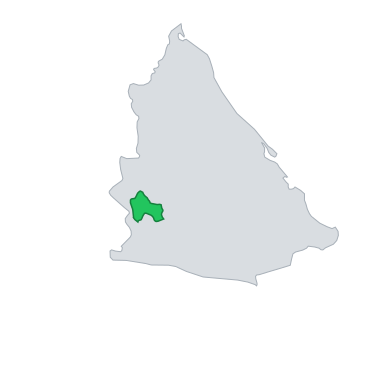 Estelí on a map of Nicaragua (Equal Earth projection), rotated 318°
{"feature_id": "NIC-664", "entity_name": "Estelí", "entity_type": "Department", "adm_level": 1, "iso_a3": "NIC", "parent_name": "Nicaragua", "parent_adm1": "", "projection": "equal_earth", "projection_center": [-86.387, 13.143], "detail": "fine", "context": "in_parent", "style": "filled", "palette": "green", "viewbox_px": 384, "rotation_deg": 318, "n_neighbors": 0, "source": "natural_earth", "source_scale": "10m", "svg_char_len": 3154}
<svg xmlns="http://www.w3.org/2000/svg" viewBox="0 0 384 384"><g transform="rotate(318 192 192)"><path d="M296.4,59.6L295.1,61.8L293.7,63.3L290.8,70.8L289.8,71.4L289.5,65.9L287.8,65.2L285.7,67.2L284.6,70.0L286.4,73.7L288.0,73.7L289.9,74.7L295.2,100.2L294.1,104.7L290.9,111.8L287.9,117.8L284.9,121.6L281.2,137.6L277.9,163.7L280.4,187.2L279.3,208.9L280.4,214.0L280.7,220.4L278.2,221.6L276.8,221.4L275.3,217.5L275.5,214.0L277.0,210.0L277.6,204.5L276.8,201.6L275.4,207.9L272.8,210.7L271.1,211.6L269.4,214.8L271.2,220.7L273.5,225.1L274.2,228.2L273.4,231.9L273.0,244.7L272.1,244.3L271.3,242.6L268.9,242.5L268.6,247.6L268.8,250.5L266.8,252.7L266.1,254.9L267.8,256.4L269.6,257.4L271.9,257.2L273.8,263.5L274.4,268.6L270.1,273.3L268.6,277.2L266.2,282.0L264.8,286.6L264.4,290.0L266.1,300.6L269.1,308.1L271.6,312.9L275.0,314.0L274.2,319.0L271.7,322.2L267.1,324.9L262.1,325.4L253.9,322.8L250.5,322.6L249.2,321.2L248.8,318.7L246.4,315.0L242.1,310.0L239.6,310.4L235.5,309.3L228.8,305.9L225.6,305.5L221.2,308.4L216.0,312.2L203.4,306.3L194.6,302.1L186.6,298.4L184.5,296.9L182.8,297.2L181.3,299.2L179.6,302.7L179.0,303.7L178.1,304.6L177.1,304.9L177.0,303.2L173.2,296.3L167.0,288.0L143.4,262.6L134.7,247.3L130.0,236.4L125.6,230.7L112.9,219.0L109.9,214.4L97.3,198.8L87.7,189.7L87.6,185.8L91.6,181.0L93.5,181.2L95.6,184.7L99.0,188.6L100.6,188.6L103.0,186.8L103.1,185.0L116.0,184.2L118.3,183.2L120.6,180.3L121.8,176.4L122.0,172.5L122.5,169.7L124.6,167.1L128.4,166.2L131.3,165.9L132.2,164.1L131.3,158.3L129.7,144.1L129.4,140.1L129.9,137.2L131.1,136.1L136.8,135.4L147.6,136.6L149.7,135.7L154.0,127.6L158.1,121.7L160.9,119.0L163.2,118.2L165.8,123.5L175.0,131.0L176.5,130.6L177.4,130.1L177.7,129.1L177.5,125.6L179.8,122.4L184.5,119.6L189.3,114.6L194.1,107.4L198.2,103.2L201.7,101.9L203.0,100.0L202.2,97.3L202.5,93.5L203.8,88.6L205.9,85.8L208.6,85.0L209.6,83.5L209.0,81.2L209.6,78.7L212.0,74.5L217.7,70.9L221.0,72.2L223.8,76.9L227.7,80.2L232.7,81.9L236.6,81.3L239.3,78.3L241.8,77.4L244.0,78.6L245.2,77.9L245.3,75.4L246.5,74.8L248.6,76.2L250.5,76.5L252.2,75.8L252.9,74.6L253.2,73.4L254.5,72.4L258.8,73.4L263.6,71.9L269.0,68.1L272.6,66.4L274.3,66.8L276.4,64.9L278.9,60.6L284.5,58.6L296.4,59.6Z" fill="#d9dde1" stroke="#a8b0b8" stroke-width="1"/><path d="M160.5,180.8L158.7,183.9L158.4,185.5L158.3,185.8L158.1,186.2L157.7,186.5L157.2,186.8L156.0,187.1L155.4,187.4L154.4,188.2L154.0,188.6L153.9,188.9L153.1,190.9L152.9,193.1L147.2,191.0L145.6,189.9L145.2,188.9L145.2,188.3L145.2,187.6L146.2,185.2L146.3,183.3L146.0,181.7L145.8,181.2L145.3,180.3L144.1,177.7L143.2,176.5L142.9,176.3L142.3,176.1L139.7,176.8L136.7,178.2L135.7,178.5L135.2,178.5L134.3,177.9L133.5,177.6L132.9,177.6L132.5,177.6L131.7,178.1L131.1,174.3L131.3,172.4L131.4,171.8L131.5,171.8L132.0,171.2L135.8,166.0L136.7,164.4L137.1,163.3L139.0,158.9L140.9,156.8L142.1,156.6L142.6,156.8L143.3,157.2L145.2,158.5L147.2,158.0L150.8,156.5L153.3,156.4L154.2,156.7L154.4,157.1L154.9,158.5L155.2,159.3L154.8,160.3L154.6,161.2L154.4,162.3L154.4,163.6L154.8,166.3L154.2,168.9L154.3,169.7L154.2,170.7L153.6,171.9L153.9,172.8L154.2,173.4L157.7,178.0L159.8,179.6L160.5,180.8Z" fill="#22c55e" stroke="#15803d" stroke-width="1.5"/></g></svg>